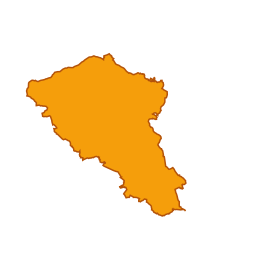 outline of Stoenesti, Vâlcea, Romania, rotated 318°
{"feature_id": "2599482B56016323731525", "entity_name": "Stoenesti", "entity_type": "district", "adm_level": 2, "iso_a3": "ROU", "parent_name": "Romania", "parent_adm1": "Vâlcea", "projection": "mercator", "projection_center": [24.166, 45.143], "detail": "fine", "context": "isolated", "style": "filled", "palette": "amber", "viewbox_px": 256, "rotation_deg": 318, "n_neighbors": 0, "source": "geoboundaries", "source_scale": "gbopen_adm2", "svg_char_len": 5758}
<svg xmlns="http://www.w3.org/2000/svg" viewBox="0 0 256 256"><g transform="rotate(318 128 128)"><path d="M128.7,209.6L128.8,208.6L129.4,207.8L130.1,206.4L131.0,206.4L131.5,207.3L132.0,207.6L133.8,207.8L134.2,207.6L134.7,206.5L135.5,205.7L135.5,203.6L135.6,202.4L135.2,201.3L135.0,199.7L134.3,198.8L134.4,198.2L134.8,197.5L134.5,197.2L133.6,196.9L133.8,194.0L134.1,191.4L134.7,189.6L134.8,187.4L132.4,186.9L130.8,186.1L130.7,185.4L130.8,183.3L130.6,182.3L130.3,181.8L135.7,173.7L135.8,173.4L135.2,172.9L135.4,172.2L136.3,171.7L138.5,168.1L138.6,167.1L138.5,166.7L139.0,165.8L138.4,165.2L138.5,164.4L138.5,162.2L138.9,161.3L138.8,160.7L139.2,160.3L140.7,159.7L141.5,159.7L144.4,158.1L145.5,158.1L146.5,156.7L146.7,155.3L146.4,154.5L146.4,153.7L145.6,152.2L145.3,151.1L145.3,150.5L144.9,149.7L144.7,148.4L144.8,147.0L145.8,145.7L146.2,144.7L146.1,143.2L145.4,142.8L145.8,140.3L146.3,140.0L146.9,139.3L147.1,137.9L147.5,136.7L149.2,135.7L150.1,135.8L150.9,136.4L151.4,136.6L152.1,137.5L152.9,137.4L153.4,138.6L153.9,139.2L154.0,139.8L155.0,140.6L155.7,139.7L156.7,139.5L156.8,138.2L157.1,137.8L156.4,136.2L156.3,135.2L155.5,134.4L155.5,134.1L156.6,134.5L157.5,134.3L158.7,135.3L158.9,136.4L158.5,137.5L158.6,138.5L159.2,137.9L160.1,137.7L161.7,138.0L162.9,137.4L164.4,137.0L164.3,136.4L164.8,136.0L165.2,135.3L166.7,134.4L169.9,134.5L172.7,133.4L174.8,131.1L175.7,130.4L176.5,131.1L177.3,130.9L179.5,129.5L181.4,127.2L180.1,123.6L180.0,121.9L179.6,121.4L182.5,120.4L183.4,119.6L184.5,117.7L184.2,116.4L185.1,115.4L184.2,114.6L183.0,115.0L182.1,114.9L181.1,113.9L180.3,113.8L180.0,113.3L180.1,112.0L179.8,111.3L178.6,111.2L177.9,110.0L176.2,109.0L176.1,108.6L177.6,109.0L179.8,110.5L180.3,109.7L181.1,109.0L181.3,108.6L181.2,108.1L180.9,108.1L179.2,109.3L178.3,108.2L178.7,107.9L178.1,106.3L175.8,107.4L175.5,106.7L175.0,106.4L175.0,106.2L175.7,105.6L175.4,105.3L175.2,104.5L174.4,103.9L174.4,103.5L174.1,102.9L174.0,102.1L174.7,100.7L175.5,100.1L175.5,99.2L176.0,99.0L175.8,98.3L175.2,98.0L175.1,97.5L174.6,97.5L174.5,97.1L173.9,96.5L173.9,95.7L172.9,95.5L172.8,94.4L172.3,93.6L171.4,93.5L170.8,93.2L170.3,93.2L169.4,92.7L168.2,92.4L167.9,91.9L167.5,91.8L166.7,89.1L166.3,88.8L166.1,88.1L165.2,87.7L165.2,86.5L164.8,85.3L164.8,84.7L165.0,81.3L164.7,80.0L163.8,78.1L163.2,75.4L162.1,73.4L161.7,72.1L162.4,68.6L162.2,67.2L163.8,66.9L163.4,65.3L163.5,63.9L164.0,63.8L163.9,62.4L163.6,61.8L163.7,60.3L161.2,59.6L158.4,58.3L157.6,59.1L157.8,59.6L157.1,59.9L156.4,59.8L155.5,60.8L155.0,58.9L154.5,57.4L153.4,55.9L153.1,55.0L151.8,53.5L150.9,51.6L148.4,50.7L146.6,49.3L141.3,48.5L139.6,48.6L137.8,48.1L133.5,48.1L129.1,46.4L127.7,46.4L126.3,45.2L124.1,42.9L122.5,42.5L121.5,41.5L118.8,40.7L115.2,40.6L113.3,39.0L110.8,37.6L108.6,38.1L107.4,38.0L106.2,38.6L104.4,38.8L102.0,37.5L101.0,37.3L99.7,36.5L99.0,36.4L97.3,35.6L95.0,34.2L92.2,33.3L91.3,31.8L91.1,30.7L90.3,30.5L89.2,28.8L88.4,28.2L85.3,27.8L84.2,28.1L81.1,31.2L79.5,31.3L77.4,32.6L75.6,35.8L74.3,36.5L74.5,36.9L75.1,37.2L75.5,38.3L76.2,39.6L76.3,40.5L76.0,41.2L76.5,42.2L76.9,43.7L76.6,45.9L76.8,46.3L76.8,47.9L75.7,49.0L75.6,49.5L75.2,49.5L74.8,50.0L77.1,51.4L77.5,51.9L77.7,52.9L78.5,53.4L79.1,54.4L79.4,54.4L79.9,55.3L80.8,56.0L81.1,56.6L81.6,57.1L81.7,59.2L79.9,60.3L77.7,59.7L76.0,60.4L74.0,59.6L72.6,62.0L72.4,62.2L72.9,63.1L74.8,64.6L75.2,65.3L77.9,66.5L78.1,67.5L76.6,71.1L75.4,72.9L74.2,75.4L75.0,75.5L75.2,75.9L75.4,78.5L75.1,80.3L73.5,79.9L72.5,78.9L72.0,80.0L71.0,81.2L71.0,82.5L71.4,83.8L71.3,84.3L70.9,84.6L71.5,85.8L71.8,91.9L72.2,93.5L74.1,94.3L74.3,95.2L74.8,96.3L75.0,97.2L75.7,98.4L75.5,99.9L74.6,101.5L73.7,102.1L73.7,103.7L74.3,104.3L74.2,104.6L73.7,105.0L74.0,106.1L73.5,107.4L72.7,108.4L72.6,108.8L73.0,109.6L73.6,110.0L74.2,111.7L74.7,112.0L75.0,112.5L75.7,113.2L76.7,112.9L75.7,114.2L73.9,115.5L73.7,116.4L73.3,116.8L73.6,117.8L72.9,118.4L74.5,119.9L74.0,120.7L73.2,121.1L72.8,121.7L74.2,121.9L77.3,122.9L77.9,123.3L78.5,124.4L79.3,124.6L80.6,125.7L81.7,126.0L82.5,126.9L84.0,127.1L85.3,127.9L85.6,128.1L86.1,129.3L86.6,129.5L86.4,129.8L86.2,130.5L86.8,130.7L86.3,131.1L86.3,131.7L85.7,132.1L85.9,132.5L85.5,132.5L85.4,132.7L85.6,133.2L84.6,134.6L85.5,136.5L87.8,137.4L87.8,138.2L87.9,138.3L87.8,138.8L87.6,138.9L86.9,138.2L84.4,139.1L84.7,140.4L88.8,149.9L90.1,152.4L91.2,153.8L90.3,159.0L90.0,159.5L89.7,159.5L90.2,160.1L89.3,160.2L89.8,162.3L90.0,164.5L89.1,165.3L88.7,165.3L88.8,165.7L88.3,165.9L87.2,166.8L86.2,167.2L85.6,167.3L85.3,167.1L85.2,167.3L85.1,167.0L85.3,167.0L85.3,166.7L84.5,166.5L84.2,166.9L83.8,166.4L83.2,166.5L82.6,166.1L82.3,166.7L82.3,167.4L83.0,167.3L83.0,168.0L86.0,169.4L85.6,169.9L86.6,170.8L85.9,173.0L81.6,173.8L80.7,174.1L80.7,175.6L79.9,178.6L81.7,179.6L82.5,180.4L84.6,179.5L85.7,182.5L85.8,182.9L85.6,183.2L86.6,184.0L88.0,185.5L89.1,187.8L89.2,188.3L87.9,188.6L86.9,189.8L87.7,190.6L87.8,191.1L89.6,191.3L90.5,191.8L92.7,191.8L93.9,193.5L93.6,193.6L93.4,194.3L92.2,195.4L92.6,196.2L92.7,196.9L92.7,198.4L93.0,199.3L93.1,201.2L92.7,202.2L92.0,203.0L91.8,203.7L91.3,204.4L90.8,204.6L91.2,206.0L91.1,206.3L91.2,207.3L90.8,208.0L91.5,209.4L91.8,210.8L92.7,210.9L92.8,213.1L93.7,214.3L94.3,215.8L94.8,216.1L94.9,216.5L95.7,216.5L96.1,217.3L98.2,217.5L100.8,218.7L100.8,219.1L101.5,219.1L101.7,219.4L102.1,219.2L103.0,219.2L104.6,219.7L105.5,219.5L106.2,218.8L106.2,219.4L106.5,219.5L106.7,219.4L106.6,218.4L107.3,218.2L107.2,218.6L108.0,219.4L108.3,220.1L109.6,221.0L112.4,224.1L114.6,225.5L115.3,227.0L115.1,228.2L115.4,226.9L113.9,223.1L114.4,222.0L113.6,220.9L114.8,219.2L116.8,217.1L116.9,215.5L117.3,214.3L118.8,211.7L119.9,209.4L120.4,207.7L121.3,206.4L121.5,205.6L121.9,205.1L126.3,206.3L126.5,206.8L126.4,207.2L126.4,207.7L126.6,208.1L127.2,208.1L127.4,209.5L127.8,209.7L128.7,209.6Z" fill="#f59e0b" stroke="#b45309" stroke-width="1.5"/></g></svg>